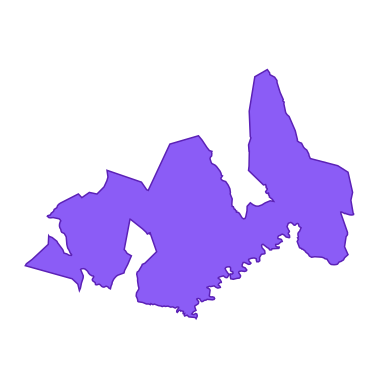 the district of San Juan Quiotepec, Oaxaca, Mexico, rotated 273°
{"feature_id": "50627088B77784683352212", "entity_name": "San Juan Quiotepec", "entity_type": "district", "adm_level": 2, "iso_a3": "MEX", "parent_name": "Mexico", "parent_adm1": "Oaxaca", "projection": "albers", "projection_center": [-96.65, 17.673], "detail": "fine", "context": "isolated", "style": "filled", "palette": "violet", "viewbox_px": 384, "rotation_deg": 273, "n_neighbors": 0, "source": "geoboundaries", "source_scale": "gbopen_adm2", "svg_char_len": 5982}
<svg xmlns="http://www.w3.org/2000/svg" viewBox="0 0 384 384"><g transform="rotate(273 192 192)"><path d="M179.3,354.0L192.1,351.1L200.0,352.4L219.9,346.8L225.9,336.2L231.6,308.4L234.4,307.0L236.1,306.6L239.9,304.4L241.4,302.2L242.7,301.0L246.5,298.8L247.2,296.6L248.6,294.5L249.9,294.5L258.6,291.9L272.5,285.0L274.3,282.8L276.2,281.4L284.9,279.1L286.4,279.3L286.9,279.1L287.5,278.1L288.1,277.9L289.1,278.3L296.0,274.8L305.7,271.2L307.8,271.0L311.0,268.5L313.3,263.6L315.0,263.3L318.2,260.8L310.4,248.7L275.7,244.9L250.4,247.3L249.1,248.0L242.0,246.0L235.7,246.8L235.7,247.1L220.8,247.6L216.5,247.3L202.8,263.0L203.3,265.1L201.3,265.9L200.9,265.6L199.9,266.1L199.5,266.9L198.6,267.0L196.2,265.5L195.8,265.6L194.9,266.2L194.5,267.1L195.0,268.4L194.8,268.6L193.2,268.6L192.2,269.5L191.1,269.5L188.8,272.7L186.9,274.1L187.3,270.5L185.0,265.7L182.7,262.4L181.3,259.0L181.3,256.5L182.4,253.7L184.3,250.8L180.6,247.8L176.1,247.9L170.1,247.0L168.3,246.3L167.9,244.9L168.9,243.3L173.2,240.4L174.0,239.3L174.2,237.5L175.3,237.6L175.6,236.7L176.9,236.0L177.0,235.2L179.5,234.0L179.7,232.9L181.8,232.4L187.2,232.5L192.1,230.2L193.5,230.4L197.1,229.7L200.7,227.8L204.2,225.1L205.1,221.8L206.5,220.3L207.5,220.2L209.7,221.6L210.3,220.5L212.2,220.0L214.3,218.9L218.8,215.1L220.1,213.5L221.5,210.3L222.6,209.6L226.2,208.2L227.8,208.6L229.0,209.7L231.6,209.8L232.6,209.4L233.6,209.8L234.3,207.2L237.2,204.6L244.4,199.3L248.5,195.5L238.7,167.4L191.3,148.2L191.9,146.6L199.2,141.0L209.2,106.0L202.5,107.3L198.8,106.4L192.5,103.9L185.0,97.2L186.2,89.5L180.6,82.3L184.1,78.6L174.1,61.3L172.8,59.6L171.4,58.5L169.2,57.8L167.4,55.3L165.6,54.8L164.2,53.5L163.7,52.7L161.7,51.7L160.8,49.2L160.2,48.8L158.9,50.5L158.8,52.1L159.2,54.7L158.3,60.6L157.6,61.6L156.3,62.5L155.2,61.9L153.1,61.4L151.1,61.4L149.4,61.9L147.8,62.9L146.2,63.3L145.0,64.0L143.9,66.6L140.7,68.7L132.9,69.8L129.6,70.8L126.6,72.8L126.0,72.9L124.2,74.0L123.6,74.8L123.0,75.1L122.4,74.9L122.4,72.5L123.6,70.3L124.3,67.4L127.6,66.0L134.2,60.5L135.7,59.7L139.2,54.8L140.3,51.5L140.7,51.2L132.2,51.2L116.3,35.9L111.7,30.4L109.7,29.4L99.1,76.8L94.0,82.8L87.7,84.7L90.1,85.6L95.4,86.4L100.5,87.8L102.6,87.8L108.8,84.8L109.5,85.7L109.8,88.0L109.3,89.5L107.4,91.9L105.7,92.9L104.2,94.4L103.0,96.6L103.0,97.8L102.6,98.2L102.0,98.3L99.6,97.0L98.8,97.1L98.0,97.6L96.5,100.0L94.5,100.5L94.3,101.7L95.1,104.0L94.7,105.0L93.0,106.8L92.5,108.0L92.4,109.1L93.4,111.1L93.3,111.9L92.8,113.0L91.5,114.3L91.0,115.6L93.8,116.1L96.0,116.9L97.9,117.1L100.8,118.4L102.5,119.6L104.1,121.0L105.1,122.4L107.6,128.3L110.1,128.8L116.3,131.6L125.1,134.8L127.3,130.4L129.8,128.6L130.9,127.3L161.6,131.5L161.5,132.0L152.7,144.4L149.6,148.1L147.7,149.6L148.4,150.6L148.2,151.1L148.9,151.5L149.1,152.2L147.9,152.1L147.7,152.3L148.0,152.7L130.5,159.8L118.4,148.7L117.1,146.1L115.9,145.8L110.2,142.8L109.2,141.5L107.1,141.1L102.9,142.2L100.4,142.3L95.4,143.3L93.3,144.0L92.2,143.9L88.4,141.9L85.9,141.7L85.1,141.7L82.4,143.1L79.9,143.7L79.6,144.2L79.1,148.6L77.8,152.3L77.9,154.7L77.3,156.3L78.4,156.8L77.5,158.8L78.1,160.4L76.8,164.3L76.5,167.1L76.0,168.2L76.7,170.1L76.3,171.3L76.8,174.0L75.9,176.7L76.3,178.7L75.2,181.3L76.4,183.2L76.3,184.4L76.2,184.7L75.2,184.7L74.1,183.7L72.5,183.0L71.5,183.0L71.0,183.6L73.0,185.2L73.3,185.9L73.2,186.4L73.0,187.0L72.5,187.1L72.8,187.6L72.3,189.7L70.3,189.4L70.0,189.6L70.3,191.0L68.8,190.6L67.8,191.1L68.7,193.6L67.1,195.5L66.9,200.9L66.6,202.2L65.8,202.7L67.8,203.6L68.8,203.7L70.4,203.2L70.9,202.0L69.8,200.4L69.7,199.8L70.2,198.1L72.5,199.7L74.0,202.2L77.5,200.7L78.4,200.9L80.5,203.8L81.2,204.3L82.9,204.4L85.0,202.4L85.7,202.6L86.0,203.8L85.7,205.3L83.8,206.5L83.0,207.5L83.3,208.5L84.4,209.9L84.8,211.7L85.6,212.7L85.4,218.1L85.9,219.7L86.8,220.2L88.0,219.5L88.4,217.9L88.2,216.6L88.5,215.4L89.2,214.7L94.9,215.2L96.0,214.6L97.2,212.0L97.6,211.9L98.7,214.2L98.5,215.5L99.4,219.0L98.0,221.1L97.4,222.9L98.2,225.3L99.1,225.0L100.6,223.1L101.6,223.4L103.0,224.7L103.2,226.0L104.0,225.9L106.3,224.4L107.2,222.7L107.7,222.7L108.6,223.9L109.9,227.8L108.7,229.4L108.2,230.6L108.5,231.8L111.8,233.5L112.4,232.4L115.6,229.9L117.4,229.1L118.4,229.8L119.1,231.3L119.3,233.5L118.3,234.5L115.5,234.6L114.6,235.5L114.7,236.7L114.3,236.9L113.0,237.2L112.2,236.4L112.2,234.7L110.0,234.6L107.4,235.2L107.0,237.8L108.1,241.4L108.5,243.8L109.5,244.6L110.7,244.9L111.3,244.7L113.7,242.9L114.5,242.9L115.2,243.4L115.7,245.4L115.4,248.8L116.2,250.5L117.0,250.8L119.0,249.1L120.0,246.4L120.5,246.0L121.9,245.9L124.3,246.8L124.4,248.3L122.7,252.2L122.9,253.6L124.0,254.6L124.4,254.4L125.4,253.1L127.0,252.0L127.7,252.1L128.8,254.4L129.4,257.5L128.8,259.6L126.8,259.9L125.7,260.4L125.8,262.1L126.9,263.3L130.2,262.9L133.4,264.6L134.1,267.7L134.5,268.1L137.1,267.7L140.1,264.8L142.0,264.3L143.2,264.7L143.5,265.7L140.4,270.1L139.6,271.8L138.5,272.3L138.2,272.9L138.4,274.5L139.5,274.9L140.2,281.6L140.9,282.0L141.6,281.9L141.5,280.6L141.8,279.3L142.6,278.4L144.0,278.3L144.4,280.8L146.9,283.6L147.3,284.7L148.6,284.2L149.5,283.3L150.0,280.3L151.2,280.1L152.3,280.4L152.8,281.0L153.6,282.9L154.3,283.3L154.6,284.7L153.8,286.3L152.0,288.3L151.5,290.9L151.5,291.6L151.9,291.9L153.9,291.6L155.1,290.4L156.0,290.3L157.4,291.3L158.2,291.2L158.8,290.6L162.4,288.7L165.7,289.8L166.0,290.3L166.8,292.3L165.9,293.9L164.4,295.4L164.2,296.0L164.2,296.6L165.7,298.0L166.1,298.8L166.0,299.5L165.4,300.0L163.3,300.7L162.0,302.8L158.4,301.5L157.2,300.4L155.9,300.0L154.5,300.1L152.9,300.6L152.1,300.3L151.8,299.8L150.5,300.7L148.1,299.6L142.0,302.3L141.3,304.2L140.8,304.5L140.7,305.5L139.1,307.9L137.9,308.8L136.0,311.4L134.2,312.6L133.1,314.8L133.8,318.0L133.7,324.9L133.2,326.9L132.3,328.3L132.0,330.3L128.1,333.1L126.9,334.8L126.8,337.7L127.1,339.8L127.6,341.1L129.8,342.6L130.4,344.3L132.1,346.8L134.4,347.9L137.6,351.1L145.3,347.2L155.4,348.2L157.5,349.5L159.8,349.4L178.2,341.9L179.7,341.6L179.8,342.6L178.4,345.9L178.7,346.4L178.2,347.5L177.4,351.0L177.4,353.0L177.9,354.5L178.6,354.6L179.3,354.0Z" fill="#8b5cf6" stroke="#5b21b6" stroke-width="1.5"/></g></svg>